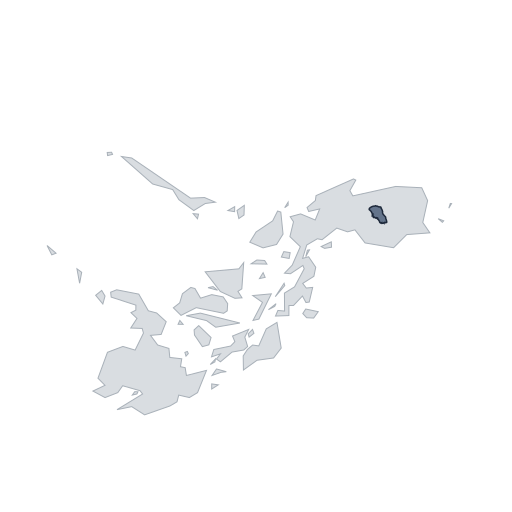 location of Ifugao, Ifugao, Philippines, rotated 78°
{"feature_id": "2640588B2684850326122", "entity_name": "Ifugao", "entity_type": "district", "adm_level": 2, "iso_a3": "PHL", "parent_name": "Philippines", "parent_adm1": "Ifugao", "projection": "mercator", "projection_center": [121.288, 16.824], "detail": "fine", "context": "in_parent", "style": "filled", "palette": "slate", "viewbox_px": 512, "rotation_deg": 78, "n_neighbors": 0, "source": "geoboundaries", "source_scale": "gbopen_adm2", "svg_char_len": 6063}
<svg xmlns="http://www.w3.org/2000/svg" viewBox="0 0 512 512"><g transform="rotate(78 256 256)"><path d="M237.5,76.6L257.9,85.9L269.5,81.1L266.4,104.1L276.5,119.7L265.9,146.6L251.0,153.8L251.4,161.4L245.5,171.2L253.8,188.0L251.9,192.4L255.8,204.1L268.0,210.9L267.7,204.7L279.4,199.9L287.9,203.6L292.5,216.0L297.8,213.5L298.5,207.1L312.1,213.5L311.9,216.8L304.8,218.9L312.2,229.6L311.3,234.1L321.1,236.2L318.8,249.4L313.8,245.9L315.8,239.5L298.2,235.9L294.2,224.7L278.5,211.5L275.0,212.1L280.5,226.0L278.7,231.7L272.5,222.5L256.1,210.7L244.1,218.8L230.3,212.2L224.7,214.4L224.1,203.6L233.1,190.6L223.2,183.9L223.4,195.2L219.2,196.0L214.1,186.4L209.4,184.7L200.9,144.6L202.5,142.6L211.6,150.6L217.3,148.8L217.0,104.9L223.7,79.7L237.5,76.6ZM357.6,328.2L377.5,341.6L380.6,350.6L376.0,360.5L382.2,363.6L384.8,371.4L388.2,398.0L377.5,408.9L377.4,423.9L367.4,395.6L363.6,397.5L355.2,413.4L360.9,419.6L363.1,433.1L354.2,443.6L351.1,430.6L342.7,436.0L319.3,421.3L316.8,405.0L322.9,393.8L308.0,382.1L303.2,382.4L300.4,393.5L292.3,385.4L285.4,390.1L284.0,384.8L279.1,383.7L266.1,406.2L261.2,405.7L260.1,399.3L268.9,378.6L287.2,372.7L291.1,365.0L301.6,357.5L313.0,365.1L311.7,375.7L322.6,370.7L328.3,360.4L337.3,361.4L341.1,350.0L348.6,352.9L350.5,348.5L358.4,348.9L357.6,328.2ZM298.5,341.7L289.5,347.6L286.0,340.4L277.6,335.8L273.2,326.3L275.1,322.5L285.7,319.0L284.6,307.3L289.2,296.6L296.7,293.6L303.7,295.6L305.3,299.6L294.1,325.2L298.5,341.7ZM351.3,250.5L359.4,260.0L358.2,276.7L364.9,292.0L351.1,289.3L345.6,283.8L342.4,277.8L344.5,272.0L329.4,261.1L325.3,249.3L351.3,250.5ZM259.9,269.4L285.2,276.7L286.8,281.0L294.0,278.4L293.0,285.4L283.3,298.3L260.9,309.0L265.0,275.4L259.9,269.4ZM164.1,342.1L130.7,366.9L134.3,357.2L185.8,308.0L188.1,294.2L194.9,284.6L194.1,294.7L198.6,307.4L184.9,319.7L173.7,323.7L164.1,342.1ZM218.2,222.6L240.2,225.0L249.0,233.5L249.5,247.4L241.2,259.2L232.5,250.9L225.1,232.4L216.5,225.5L218.2,222.6ZM333.0,283.8L342.8,283.0L345.4,287.5L345.0,299.4L352.1,312.8L348.6,316.1L344.3,311.1L345.4,320.5L338.7,316.7L338.8,299.5L335.4,294.5L329.4,295.6L326.3,278.4L333.0,283.8ZM299.9,336.7L300.3,322.3L318.2,285.7L317.3,310.2L308.9,317.8L299.9,336.7ZM333.5,327.3L320.5,332.6L315.4,331.9L312.2,326.5L326.4,316.9L333.1,320.6L333.5,327.3ZM296.2,248.9L318.3,266.3L318.4,272.3L302.7,259.3L294.0,267.4L296.2,248.9ZM326.9,219.3L322.0,222.2L318.2,218.4L323.4,206.7L328.7,212.5L326.9,219.3ZM271.1,415.8L261.1,421.0L257.6,414.1L263.8,412.0L271.1,415.8ZM204.0,256.9L213.4,259.2L215.8,265.0L207.5,265.1L204.0,256.9ZM259.8,221.9L265.3,224.1L262.3,231.4L257.5,227.9L259.8,221.9ZM235.7,429.9L246.0,434.2L231.3,433.8L235.7,429.9ZM363.7,323.8L358.3,318.1L363.0,309.1L362.5,314.5L363.7,323.8ZM266.2,247.0L262.6,262.4L260.1,256.0L262.2,248.5L266.2,247.0ZM211.7,451.0L212.4,455.5L202.3,458.2L211.7,451.0ZM263.1,180.3L262.8,187.3L260.3,190.3L257.8,179.4L263.1,180.3ZM281.5,300.7L277.0,309.5L277.0,304.4L281.5,300.7ZM208.2,267.7L205.7,274.0L203.3,266.6L208.2,267.7ZM333.9,279.6L330.5,279.8L327.1,274.7L331.2,274.1L333.9,279.6ZM278.8,251.5L278.8,257.3L273.8,252.5L278.8,251.5ZM376.9,327.0L371.9,325.9L374.2,319.7L376.9,327.0ZM290.9,234.0L299.8,245.6L288.5,234.2L290.9,234.0ZM207.4,305.5L201.5,308.7L203.1,303.5L207.4,305.5ZM307.7,341.5L306.6,346.4L303.2,343.9L307.7,341.5ZM309.2,248.2L311.1,255.0L306.8,246.3L309.2,248.2ZM126.9,380.3L123.8,380.0L124.5,375.7L126.8,375.2L126.9,380.3ZM339.4,345.3L335.5,345.6L335.1,343.0L337.4,342.5L339.4,345.3ZM366.3,405.9L363.5,402.8L364.3,399.7L366.2,401.2L366.3,405.9ZM213.0,214.0L214.7,217.9L210.0,213.4L213.0,214.0ZM351.0,318.2L352.6,323.3L348.3,317.1L351.0,318.2ZM261.8,66.7L257.4,70.0L260.6,65.1L261.8,66.7ZM267.0,207.5L261.0,204.5L261.1,202.4L267.0,207.5ZM245.4,53.8L249.3,57.5L245.0,55.0L245.4,53.8Z" fill="#d9dde1" stroke="#a8b0b8" stroke-width="1"/><path d="M232.5,134.3L232.8,134.9L233.0,135.2L233.2,135.3L233.7,135.5L233.9,135.6L234.2,135.6L235.4,134.7L235.6,134.6L236.7,133.9L237.6,133.9L238.0,133.6L238.3,133.5L238.5,133.5L238.9,133.5L239.1,133.6L239.3,133.5L239.3,133.4L239.4,133.5L239.5,133.5L239.8,133.6L240.0,133.6L240.3,133.5L240.5,133.6L240.5,133.4L240.6,133.5L240.7,133.4L240.8,133.5L240.8,133.4L241.0,133.3L241.1,133.2L241.3,133.2L241.3,133.3L241.4,133.2L241.5,133.3L241.6,133.2L241.6,133.3L241.8,133.3L241.8,133.2L242.0,133.0L242.1,132.9L242.3,132.8L242.5,133.1L242.8,133.0L242.8,132.9L242.7,132.8L242.7,132.6L242.8,132.5L242.7,132.4L242.6,132.2L242.8,132.0L243.0,132.1L243.3,131.9L243.3,132.0L243.3,131.9L243.3,131.6L243.3,131.4L243.5,131.2L243.6,130.9L243.8,130.9L243.8,130.7L243.9,130.4L244.0,130.3L243.9,130.3L243.7,130.3L243.6,130.2L243.8,130.0L244.0,130.0L244.2,129.9L244.2,129.7L243.9,129.6L243.9,129.4L244.0,129.3L244.3,129.4L244.4,129.5L244.5,129.7L244.5,129.4L245.0,129.3L244.9,129.1L245.1,129.1L245.3,129.1L245.5,128.9L246.0,128.7L246.3,128.5L246.6,128.5L246.7,128.4L246.9,128.3L247.0,128.3L247.3,128.2L247.7,128.1L247.8,128.0L248.0,128.0L248.3,128.0L248.5,128.0L248.8,127.9L249.0,127.9L249.2,127.6L249.3,127.5L249.3,127.4L249.3,127.2L249.4,126.9L249.5,126.8L249.5,126.7L249.6,126.8L249.8,126.9L249.9,126.6L250.0,126.4L250.0,126.2L250.2,125.9L250.3,125.9L250.3,125.6L250.3,125.4L250.3,125.1L250.3,124.9L250.3,124.7L250.2,124.7L250.2,124.4L250.3,124.3L250.4,124.2L250.1,124.2L250.1,123.0L250.0,122.9L250.3,122.8L250.3,122.7L250.4,122.4L250.4,122.2L250.4,121.6L250.3,121.3L250.3,121.2L249.8,121.0L249.4,121.0L248.6,121.0L248.1,121.0L246.1,121.3L245.7,121.2L244.9,121.1L244.3,121.4L243.4,122.0L242.9,122.2L242.5,122.5L242.3,122.6L241.8,122.8L241.4,123.1L241.0,123.1L240.6,123.2L239.9,123.2L239.2,123.1L238.8,123.0L238.7,122.9L238.2,123.0L237.9,123.0L237.6,123.0L237.2,123.1L236.7,123.2L236.0,123.4L235.6,123.5L235.3,123.7L234.9,123.7L234.5,123.6L234.2,123.7L234.1,123.8L234.0,124.0L233.9,124.2L233.7,124.5L233.7,125.0L233.5,125.4L233.2,126.2L232.5,126.8L232.5,127.2L232.2,128.0L231.7,128.4L231.7,128.6L231.8,128.9L231.9,129.7L231.8,129.9L231.7,130.6L231.7,130.8L231.7,131.5L231.8,132.0L231.9,132.6L232.1,133.1L232.2,133.6L232.3,133.9L232.5,134.3Z" fill="#64748b" stroke="#1e293b" stroke-width="1.5"/></g></svg>